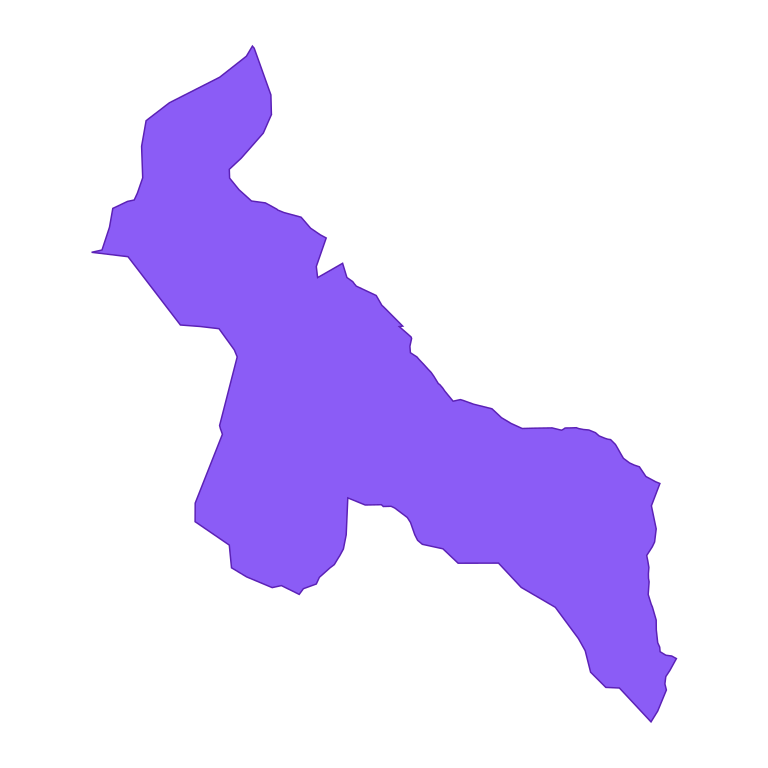 Nsukka, Enugu, Nigeria
{"feature_id": "59680162B36149280961759", "entity_name": "Nsukka", "entity_type": "district", "adm_level": 2, "iso_a3": "NGA", "parent_name": "Nigeria", "parent_adm1": "Enugu", "projection": "equal_earth", "projection_center": [7.435, 6.833], "detail": "fine", "context": "isolated", "style": "filled", "palette": "violet", "viewbox_px": 768, "rotation_deg": 0, "n_neighbors": 0, "source": "geoboundaries", "source_scale": "gbopen_adm2", "svg_char_len": 2213}
<svg xmlns="http://www.w3.org/2000/svg" viewBox="0 0 768 768"><path d="M402.7,326.1L383.4,306.7L381.9,305.4L376.2,295.5L356.2,286.1L355.4,285.0L354.7,284.3L352.8,281.7L346.9,277.5L342.6,263.3L317.6,277.6L316.3,266.5L326.2,238.0L320.1,234.7L310.6,228.2L301.1,217.2L283.8,212.5L277.7,210.0L276.9,209.2L265.4,202.9L251.5,201.0L239.0,189.7L229.6,178.1L229.3,169.3L241.3,158.1L263.3,133.1L271.5,114.4L271.4,114.1L270.9,94.9L254.2,48.2L252.4,46.1L246.4,56.2L243.5,58.5L219.7,77.2L169.5,102.7L167.0,104.6L149.7,117.9L146.1,120.7L141.6,146.3L142.7,177.8L137.4,193.1L134.2,200.0L127.5,201.4L112.8,208.4L109.5,227.2L102.0,250.0L91.6,252.3L128.0,256.7L180.4,325.0L200.3,326.5L219.0,328.7L234.3,349.9L237.2,356.9L219.6,425.5L220.5,429.0L221.2,430.8L222.4,434.3L195.2,503.1L195.1,521.7L229.3,545.1L231.5,567.8L246.6,576.9L272.2,587.6L281.4,585.6L299.2,594.4L303.4,588.7L316.3,584.0L319.4,577.3L324.6,572.7L329.8,568.0L334.3,564.6L338.4,557.8L339.7,555.8L343.4,549.0L346.2,534.8L347.8,497.9L365.2,505.0L381.4,504.7L383.3,506.5L391.1,506.3L394.7,508.0L407.3,517.5L410.5,522.5L414.8,534.8L417.6,540.3L422.3,544.3L442.9,548.8L458.1,563.2L498.5,563.1L521.2,587.4L555.3,607.3L578.5,638.7L585.2,650.7L590.6,672.2L605.8,687.4L619.4,688.0L651.0,721.9L657.7,711.1L666.4,690.0L664.9,683.9L665.8,676.6L669.9,670.4L676.4,658.6L671.7,656.0L665.8,655.2L660.1,651.7L659.7,647.1L657.7,642.7L656.3,629.9L656.2,620.1L652.4,607.0L651.2,604.2L648.2,594.5L649.1,581.8L648.5,578.4L648.4,573.7L648.9,567.4L647.8,560.9L646.7,555.5L652.3,546.8L654.6,542.0L656.2,528.9L651.4,505.8L659.9,483.5L655.5,481.7L645.9,476.5L639.4,466.8L634.3,465.1L629.5,462.9L623.4,458.3L620.6,453.5L617.7,448.3L615.4,444.4L610.6,439.6L607.8,439.2L605.0,438.3L599.1,435.9L595.5,432.7L588.9,430.0L583.5,429.5L578.8,428.6L576.3,427.7L571.1,427.9L565.1,428.0L563.3,429.3L561.5,430.2L552.1,427.9L533.3,428.2L522.2,428.5L511.0,423.4L501.5,417.7L492.0,408.8L473.6,404.2L463.1,400.4L460.4,399.6L458.0,400.1L453.1,401.2L444.8,391.1L442.7,388.0L439.7,384.5L438.4,383.7L433.8,376.2L431.2,372.5L428.0,369.1L424.2,364.9L419.0,359.4L416.9,356.9L414.2,355.2L410.4,352.7L409.9,346.3L411.6,338.5L411.1,337.0L399.3,326.6L402.7,326.1Z" fill="#8b5cf6" stroke="#5b21b6" stroke-width="1.5"/></svg>